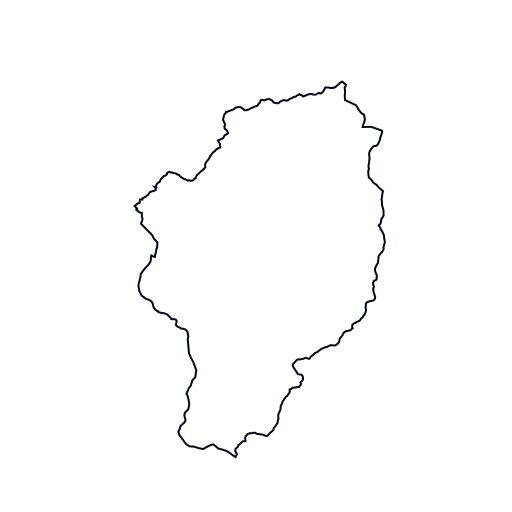 outline of Petrila, Hunedoara, Romania, rotated 40°
{"feature_id": "2599482B59841529330805", "entity_name": "Petrila", "entity_type": "district", "adm_level": 2, "iso_a3": "ROU", "parent_name": "Romania", "parent_adm1": "Hunedoara", "projection": "albers", "projection_center": [23.488, 45.463], "detail": "fine", "context": "isolated", "style": "outline", "palette": "ink", "viewbox_px": 512, "rotation_deg": 40, "n_neighbors": 0, "source": "geoboundaries", "source_scale": "gbopen_adm2", "svg_char_len": 6112}
<svg xmlns="http://www.w3.org/2000/svg" viewBox="0 0 512 512"><g transform="rotate(40 256 256)"><path d="M369.5,423.2L368.9,420.1L366.2,419.2L365.4,418.7L364.3,416.8L364.7,413.7L364.0,412.0L364.5,410.9L365.0,406.5L366.9,404.7L366.8,404.3L365.7,403.5L364.4,402.0L363.8,400.6L364.1,399.6L363.9,398.0L365.4,395.4L366.1,395.3L367.0,393.8L368.7,392.1L371.2,391.6L373.1,390.2L374.3,389.7L375.7,388.6L378.9,387.6L379.8,387.0L380.3,386.2L380.6,385.0L380.4,384.4L380.5,382.2L381.2,378.3L380.3,376.6L380.2,376.0L380.2,374.2L380.3,373.4L379.9,371.8L379.9,370.3L378.7,368.4L377.5,365.7L376.4,364.9L375.4,363.7L374.6,362.0L373.7,358.6L372.7,356.8L371.5,355.3L371.1,354.2L370.7,352.3L369.9,350.1L369.8,349.0L369.4,344.4L369.8,343.5L369.8,342.6L369.4,339.0L368.9,337.9L367.6,336.9L367.6,336.3L368.5,335.1L368.8,333.1L371.0,331.2L371.7,329.9L373.1,328.8L373.1,326.1L372.8,325.5L371.4,324.2L371.4,323.1L371.7,322.1L371.2,320.1L369.8,318.6L368.3,317.8L366.9,317.8L364.8,319.2L363.9,319.5L357.0,317.4L354.8,316.5L354.1,315.6L353.9,314.9L354.1,310.9L354.0,309.8L354.3,308.6L356.0,307.1L357.9,304.9L359.4,302.2L360.1,301.7L362.3,300.9L363.0,300.3L362.7,297.5L363.3,295.2L363.5,292.8L364.8,289.7L365.0,288.1L366.1,284.5L367.8,281.3L369.0,279.9L369.5,278.1L370.3,277.0L370.5,276.3L373.6,274.2L374.3,273.2L374.8,271.5L375.0,269.2L374.8,268.2L373.3,265.6L373.2,261.1L372.5,258.2L373.2,255.9L375.8,252.6L376.2,251.2L376.4,249.1L375.3,248.6L374.1,246.9L374.0,246.4L374.3,245.5L374.5,244.4L375.3,243.0L375.7,241.4L376.4,240.4L377.0,238.7L376.7,236.2L377.2,233.6L376.7,232.7L376.8,231.1L376.4,229.4L375.5,227.4L374.8,226.2L372.9,224.9L372.2,223.6L371.2,222.5L370.6,220.9L370.9,219.8L372.0,217.9L374.6,214.5L374.7,213.2L374.4,211.9L373.4,210.6L368.2,207.3L366.8,205.6L366.2,203.8L364.5,202.8L362.9,201.2L362.3,199.6L362.4,199.1L363.2,197.7L363.4,196.9L363.1,196.0L361.0,193.2L357.1,191.1L356.2,190.3L355.1,188.8L354.2,185.7L354.0,183.3L351.4,179.1L350.4,178.0L350.0,177.3L349.8,173.9L350.0,171.6L349.5,169.0L349.2,168.5L348.0,167.4L346.0,162.9L344.6,161.4L342.8,160.1L341.4,158.5L339.6,157.3L336.1,155.8L334.0,155.2L332.2,154.2L330.4,153.8L330.3,153.4L330.6,152.0L330.5,151.1L328.2,146.8L328.0,143.8L327.6,142.8L324.2,139.0L319.8,136.0L317.3,133.2L315.9,132.2L315.4,131.1L312.4,126.5L311.7,124.7L305.8,124.6L302.9,124.0L298.5,124.4L296.0,123.6L293.4,123.3L292.2,123.4L290.3,121.9L287.4,118.9L286.7,117.0L284.2,114.6L282.3,111.2L281.1,109.7L280.4,108.4L277.3,105.4L276.1,103.7L275.7,101.9L275.3,98.7L275.4,96.7L275.7,96.0L277.4,94.2L277.6,92.3L276.4,87.7L275.0,85.1L273.4,80.8L272.3,79.3L271.4,79.2L261.2,83.0L254.8,88.6L253.9,86.9L253.1,84.4L251.5,81.2L249.2,79.4L248.0,78.2L245.6,78.8L243.5,78.6L240.8,78.0L236.5,76.4L235.3,76.3L224.0,79.3L220.8,76.0L218.0,72.1L215.8,70.2L215.1,67.1L209.9,67.0L209.0,69.5L208.5,74.3L208.2,75.0L208.3,75.7L207.6,76.4L207.4,77.4L206.8,78.0L206.3,78.0L206.1,78.4L205.2,79.4L203.8,80.0L200.9,82.2L200.8,82.8L201.1,83.4L201.7,86.8L201.6,88.5L201.2,89.8L200.8,90.2L199.2,90.7L198.2,93.6L197.9,94.1L196.7,95.2L194.1,96.4L192.9,97.7L191.8,99.1L191.3,100.5L190.5,101.5L189.9,103.3L185.4,104.0L185.1,105.2L184.2,106.9L183.9,108.5L182.6,109.9L182.5,110.9L181.0,113.5L181.0,114.1L180.2,116.5L179.5,117.5L177.7,118.3L176.6,119.3L175.3,122.1L175.0,124.2L174.4,125.2L171.0,127.0L169.6,127.0L168.6,126.5L168.0,126.5L165.5,127.2L164.0,128.4L162.2,131.6L160.4,132.3L160.0,132.8L159.5,133.7L160.3,135.6L160.3,136.9L160.1,137.7L160.5,138.7L160.4,140.3L159.4,141.6L156.8,146.7L156.6,147.8L154.7,150.8L153.4,151.8L152.5,151.6L148.6,151.9L146.9,153.0L146.0,154.0L145.2,155.3L144.9,156.1L144.8,157.6L141.1,164.2L140.9,165.0L140.6,165.1L140.9,165.5L140.7,167.0L140.9,168.3L143.1,172.8L147.5,174.9L148.1,175.5L148.4,177.0L148.8,177.2L150.1,178.5L153.5,178.6L155.6,179.9L155.4,180.7L155.5,180.9L154.5,183.7L154.5,184.5L155.1,186.8L152.6,191.9L156.0,193.2L158.5,195.3L158.7,196.1L157.6,198.1L157.6,199.0L157.0,199.8L157.1,202.0L156.5,204.4L156.5,205.7L156.8,207.2L156.6,208.9L157.2,210.5L157.5,212.6L157.4,215.3L157.9,217.9L158.6,219.2L160.1,220.5L160.2,222.3L159.9,222.9L160.1,223.4L159.3,226.9L159.2,229.7L158.7,231.9L158.8,232.7L159.7,235.0L159.3,235.9L159.1,238.5L158.8,239.2L157.8,240.3L156.9,240.5L155.9,241.2L155.5,242.0L155.2,242.2L153.2,242.5L150.9,243.4L146.3,243.8L144.9,243.4L143.4,244.2L142.4,244.1L141.1,244.5L139.5,245.5L138.2,245.8L136.8,247.0L135.4,247.2L134.8,248.3L134.6,249.7L135.1,250.2L135.2,250.6L135.0,252.5L134.0,254.0L134.1,255.6L133.7,256.4L133.9,257.5L133.7,258.5L134.5,260.7L134.4,261.7L133.9,262.4L133.7,265.0L134.2,265.7L134.3,266.6L134.7,267.1L136.4,267.9L135.5,267.8L134.1,268.4L135.9,268.7L136.8,270.2L133.7,275.1L133.9,278.6L133.5,280.3L133.5,281.3L131.9,284.7L132.7,285.8L130.8,287.3L132.7,290.1L131.6,292.0L130.9,295.7L134.3,296.1L134.4,297.0L134.7,296.9L134.7,297.5L137.0,297.6L138.7,297.4L140.9,296.4L143.3,299.3L144.9,300.1L145.9,301.6L146.6,303.9L147.2,305.2L162.9,306.7L166.7,308.3L171.7,308.9L174.8,313.0L175.1,314.4L176.7,317.0L178.2,320.3L179.1,321.5L178.4,322.2L175.5,322.9L176.3,324.5L178.2,326.9L179.0,329.0L179.2,332.9L178.9,336.0L179.0,340.5L179.4,344.1L181.3,346.8L181.8,348.5L182.6,349.4L183.5,351.9L185.2,354.5L188.9,357.7L193.7,359.8L198.9,359.6L202.7,358.2L205.5,358.1L207.8,359.0L208.8,360.0L210.8,361.2L213.9,361.9L214.9,361.8L215.8,361.3L215.9,361.5L217.6,361.6L221.0,359.9L222.4,358.9L225.9,357.8L228.8,358.2L230.4,358.2L231.7,358.8L234.5,356.6L235.5,356.3L236.9,356.7L237.9,358.3L238.6,359.9L239.6,360.5L241.4,360.5L243.4,359.8L244.8,359.8L245.5,359.6L246.4,358.8L248.8,357.8L250.4,357.7L251.6,358.2L252.1,358.0L255.9,361.2L256.8,362.8L257.0,363.4L266.9,373.3L271.9,376.0L275.8,377.4L283.8,382.0L287.4,387.9L287.2,392.1L289.4,397.5L289.5,400.3L291.3,406.3L292.7,406.6L295.8,408.7L299.4,411.7L300.8,413.4L302.4,416.5L302.7,417.7L302.4,419.5L302.3,421.4L303.1,423.7L305.6,425.8L307.4,426.9L308.0,428.0L308.1,430.5L307.4,434.6L308.7,437.4L309.4,440.4L311.9,442.2L323.3,445.0L327.5,444.5L331.0,441.9L335.7,440.0L339.7,437.7L341.5,432.7L343.2,429.2L344.4,427.9L346.8,427.6L350.8,427.8L355.1,425.7L359.5,424.1L369.5,423.2Z" fill="none" stroke="#020617" stroke-width="2"/></g></svg>